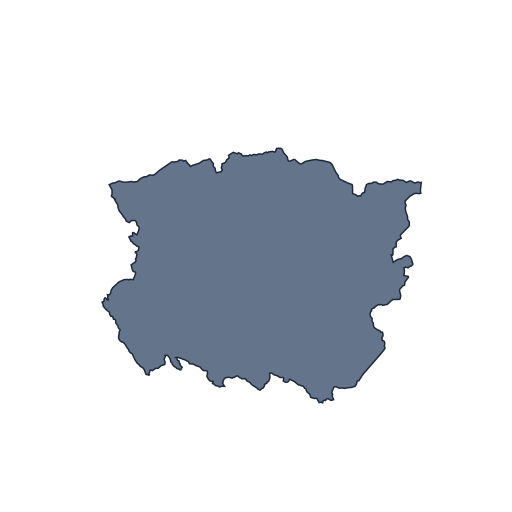 Huong Khe, Ha Tinh, Vietnam (Natural Earth projection), rotated 309°
{"feature_id": "81297802B53129181429645", "entity_name": "Huong Khe", "entity_type": "district", "adm_level": 2, "iso_a3": "VNM", "parent_name": "Vietnam", "parent_adm1": "Ha Tinh", "projection": "natural_earth1", "projection_center": [105.668, 18.193], "detail": "fine", "context": "isolated", "style": "filled", "palette": "slate", "viewbox_px": 512, "rotation_deg": 309, "n_neighbors": 0, "source": "geoboundaries", "source_scale": "gbopen_adm2", "svg_char_len": 6158}
<svg xmlns="http://www.w3.org/2000/svg" viewBox="0 0 512 512"><g transform="rotate(309 256 256)"><path d="M368.5,272.9L368.8,271.0L370.2,269.3L371.3,265.4L375.2,257.0L375.2,254.4L371.9,247.3L370.7,245.8L368.9,242.1L365.8,239.1L360.5,234.8L356.5,233.5L355.4,232.1L355.1,230.0L355.4,225.4L354.8,224.6L351.0,222.7L350.3,221.7L350.7,220.4L352.7,217.8L353.6,212.6L355.4,209.1L355.1,207.2L353.7,205.4L353.0,205.0L352.7,204.4L351.1,204.7L350.4,205.2L348.5,205.3L348.1,203.7L346.8,202.1L344.9,200.4L343.4,200.0L343.3,198.6L341.5,197.5L339.1,197.0L337.3,194.1L335.1,192.9L333.6,190.4L331.2,189.1L330.7,187.6L328.7,186.9L327.7,185.0L326.8,184.5L325.3,182.1L326.1,180.5L325.2,177.4L323.6,177.1L322.3,173.1L317.0,171.3L316.1,172.6L314.8,173.4L312.7,172.7L309.3,173.3L306.1,171.6L304.6,172.9L303.2,173.2L302.3,174.1L301.9,175.6L299.6,175.8L295.8,172.9L296.6,170.9L298.5,169.0L298.6,167.5L299.2,166.1L301.1,164.6L301.5,162.1L302.5,159.6L302.1,158.5L299.8,157.5L297.0,154.9L292.4,153.5L286.6,149.7L284.3,148.7L284.8,147.1L285.1,144.2L286.0,141.2L284.1,140.0L284.2,138.5L282.4,136.1L282.1,135.8L281.1,136.1L279.4,134.9L277.8,133.6L276.1,131.3L261.5,127.0L256.0,126.1L253.9,125.1L252.0,122.2L248.4,120.8L247.0,119.1L243.4,117.4L239.0,116.8L236.3,114.1L235.6,112.4L231.5,108.5L229.7,106.2L228.6,103.2L227.7,102.0L224.4,100.5L222.4,98.7L219.0,97.0L216.8,102.4L213.4,105.3L212.0,105.5L211.5,106.3L211.2,107.4L211.6,108.0L211.5,109.1L211.2,109.9L211.7,110.8L210.7,111.0L208.8,116.2L206.3,119.0L204.9,121.6L203.9,126.1L203.0,128.3L202.6,131.3L201.4,133.3L202.2,136.5L205.1,136.9L207.4,139.5L207.4,140.8L206.8,142.2L205.2,144.0L204.9,146.6L204.3,147.6L202.1,148.7L197.5,150.1L197.1,146.0L196.5,145.4L193.9,147.4L192.4,145.8L190.8,145.2L188.8,149.6L189.1,151.1L188.4,152.9L188.8,155.1L188.6,157.1L189.4,158.9L188.9,159.7L186.2,161.1L184.4,160.5L183.3,159.8L183.2,159.1L182.2,162.6L180.3,163.4L179.5,164.1L177.7,164.3L176.9,165.8L174.7,165.8L170.5,164.5L167.6,168.4L166.7,170.2L167.6,172.5L166.2,173.7L160.4,175.4L158.3,172.4L157.4,172.3L156.9,170.8L154.5,168.3L149.5,165.8L141.2,164.6L138.1,165.0L135.9,166.3L134.1,166.5L133.5,166.4L132.4,164.9L131.4,166.3L130.0,167.2L129.0,168.7L128.6,168.7L128.6,165.0L126.9,165.1L125.1,166.3L123.2,165.4L122.4,167.3L120.9,168.8L120.0,173.2L120.0,177.6L118.5,179.1L117.8,181.2L118.6,182.5L118.7,183.3L117.8,184.0L117.2,185.1L117.8,185.9L117.8,186.9L117.2,188.1L115.6,189.2L115.0,192.3L113.4,194.5L113.3,196.4L113.0,196.9L111.2,197.4L106.5,200.2L105.4,201.3L104.5,203.6L104.8,206.1L105.4,207.6L104.9,210.2L103.4,214.0L103.2,215.7L102.0,217.5L101.7,219.7L102.1,220.7L101.9,221.8L99.2,227.1L97.9,231.4L98.0,233.5L97.4,235.5L97.9,238.4L97.3,240.8L94.8,244.9L96.0,247.8L96.8,247.7L97.1,246.6L98.8,246.4L100.5,245.6L101.3,246.5L101.7,247.6L105.5,248.7L107.3,250.7L111.1,251.2L114.3,253.4L116.4,252.1L117.7,249.7L120.8,248.7L121.4,247.8L123.1,249.8L122.6,252.5L121.3,255.0L120.0,256.4L120.1,257.5L119.4,258.7L118.6,261.5L119.0,264.2L118.7,265.1L119.7,267.7L119.6,268.6L120.1,269.2L123.1,268.6L123.3,265.9L124.4,265.0L124.7,263.6L126.0,262.3L125.6,260.9L126.3,259.4L126.9,258.8L126.8,257.9L128.1,259.1L130.8,266.8L130.8,268.2L131.5,269.8L130.4,272.1L132.6,275.4L132.9,278.0L134.5,282.1L133.8,286.3L134.0,287.3L135.8,290.1L135.7,290.7L134.6,292.0L131.6,293.5L130.1,297.0L130.3,297.8L129.9,298.9L131.6,301.8L129.6,302.2L129.5,302.5L130.0,304.1L129.8,306.1L130.9,308.1L131.2,310.0L133.4,311.4L134.9,313.6L136.2,309.9L137.1,309.9L137.9,309.2L139.4,308.7L142.2,308.9L144.8,311.3L146.0,314.3L147.0,314.4L148.0,315.6L149.5,315.9L151.0,316.8L151.2,317.4L151.2,319.8L151.7,321.2L151.6,322.4L153.1,323.8L153.9,325.3L153.2,327.3L153.9,331.1L153.3,333.9L153.9,339.1L153.8,341.8L154.3,343.6L156.6,343.9L157.7,344.6L158.7,344.6L160.6,344.2L161.7,343.4L163.9,344.5L165.2,343.9L166.3,344.7L169.9,343.6L173.5,340.4L175.0,342.0L174.9,344.4L176.4,348.2L176.6,350.9L177.6,352.4L178.6,353.3L178.5,354.5L176.0,355.8L176.3,357.7L176.6,358.8L178.0,359.9L179.8,360.1L181.3,359.6L182.6,364.9L182.5,370.2L183.3,371.0L183.6,372.9L184.4,374.2L184.5,375.1L183.8,377.0L184.2,378.6L183.1,379.7L182.5,381.2L182.3,385.1L180.6,387.4L181.8,390.7L183.6,392.8L181.8,397.3L183.2,398.5L183.8,400.2L185.7,399.3L186.9,399.9L187.4,401.0L188.9,400.8L190.0,401.4L190.5,401.9L190.8,404.6L191.3,405.5L193.1,406.7L193.5,406.5L194.3,404.4L195.4,403.2L196.6,402.8L197.6,400.8L202.3,399.2L203.6,399.2L204.9,400.7L205.6,403.7L208.1,406.6L208.9,408.3L211.0,409.9L213.8,412.8L217.1,415.0L219.3,414.8L222.2,413.5L222.9,413.5L223.6,414.4L231.4,413.6L256.8,414.5L262.9,414.6L265.8,414.2L266.6,412.6L268.7,411.4L270.1,409.9L270.4,409.2L270.0,406.9L270.9,406.4L271.7,405.1L273.4,405.1L274.8,404.3L276.4,402.2L275.3,400.7L275.9,399.2L275.1,396.9L274.8,394.0L274.9,392.5L275.4,391.6L277.7,389.4L278.3,387.2L280.6,385.5L281.0,383.3L282.3,381.4L284.7,380.2L286.0,380.4L287.4,379.4L288.2,379.4L290.0,380.5L291.5,380.6L295.2,381.6L295.6,382.7L297.0,383.6L297.5,385.6L300.5,388.1L301.4,388.6L305.7,389.1L308.4,389.8L312.4,394.6L313.5,395.0L316.3,393.4L319.3,389.5L321.0,388.5L323.1,388.9L324.6,388.7L326.8,389.8L329.6,388.1L335.4,387.9L335.9,387.2L335.8,386.8L333.9,383.4L338.1,380.5L340.0,378.4L341.4,379.4L342.6,381.6L345.0,382.3L346.0,383.0L347.9,383.3L349.0,382.3L351.2,378.9L352.3,376.4L352.2,375.3L351.3,372.8L348.7,371.5L345.3,370.6L343.2,368.7L341.1,367.7L337.4,366.7L341.9,360.3L342.6,361.6L343.4,361.4L347.8,358.0L350.3,358.3L351.4,359.2L355.0,356.2L357.6,356.3L361.1,357.7L362.2,355.8L363.2,355.0L374.9,356.1L376.2,356.0L378.7,353.9L379.3,352.7L379.7,351.0L382.3,348.6L384.2,345.2L385.7,343.4L387.3,341.7L389.9,340.7L391.2,338.2L392.7,337.3L399.3,338.0L403.9,339.6L405.2,340.7L407.4,343.8L408.5,344.6L410.4,342.5L417.2,338.1L416.2,337.1L415.3,335.2L412.6,333.5L411.8,329.3L411.0,328.1L407.8,326.6L407.4,322.9L405.3,319.7L404.8,317.9L402.5,316.8L400.9,315.0L398.8,314.6L396.5,311.1L391.7,309.5L389.3,305.9L389.0,302.9L387.5,300.9L385.1,300.1L383.2,297.8L381.5,297.2L380.5,297.0L379.2,297.7L377.9,297.9L374.0,300.3L372.1,299.2L370.3,299.1L368.8,299.7L367.5,298.0L366.3,297.3L366.4,295.1L365.3,291.8L371.1,287.0L372.0,285.7L370.5,281.4L368.5,272.9Z" fill="#64748b" stroke="#1e293b" stroke-width="1.5"/></g></svg>